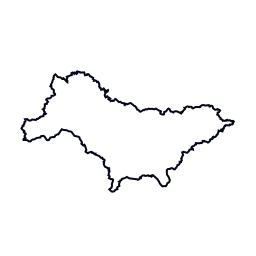 outline of Cumaru do Norte, Pará, Brazil, rotated 263°
{"feature_id": "56859067B29511236565229", "entity_name": "Cumaru do Norte", "entity_type": "district", "adm_level": 2, "iso_a3": "BRA", "parent_name": "Brazil", "parent_adm1": "Pará", "projection": "mercator", "projection_center": [-51.233, -8.51], "detail": "fine", "context": "isolated", "style": "outline", "palette": "ink", "viewbox_px": 256, "rotation_deg": 263, "n_neighbors": 0, "source": "geoboundaries", "source_scale": "gbopen_adm2", "svg_char_len": 5872}
<svg xmlns="http://www.w3.org/2000/svg" viewBox="0 0 256 256"><g transform="rotate(263 128 128)"><path d="M149.2,26.9L148.3,27.3L146.8,26.9L146.5,25.9L144.8,25.7L144.4,25.0L143.3,24.7L143.5,24.4L143.2,23.7L142.3,23.6L140.7,22.2L139.1,23.1L137.7,24.8L137.0,24.7L137.0,24.1L136.6,24.0L135.3,25.0L135.0,25.7L134.3,25.7L133.0,24.6L132.2,24.3L130.6,25.1L130.1,23.4L129.6,22.9L128.8,22.9L128.4,25.8L128.0,26.8L126.9,27.8L126.6,29.7L127.5,30.5L128.2,31.8L128.1,33.5L129.2,36.0L129.3,39.9L130.2,40.3L130.5,40.8L130.5,43.0L129.8,44.0L126.1,45.9L125.7,46.6L125.7,47.9L127.9,49.7L128.2,52.2L128.0,53.8L128.6,54.5L129.4,54.8L130.4,57.5L130.2,58.1L134.8,62.1L133.9,63.8L133.3,66.7L132.0,68.8L131.2,71.4L126.7,73.9L125.6,77.2L124.7,78.6L122.9,78.9L120.0,80.4L118.4,80.4L118.2,79.9L117.5,80.1L116.7,81.3L116.0,81.5L115.9,81.9L116.6,82.7L116.0,83.1L111.3,84.0L110.1,83.0L109.4,83.1L107.9,85.1L108.5,86.6L108.8,88.9L108.5,89.3L107.6,89.4L107.6,90.6L106.8,90.9L106.5,92.4L105.9,92.0L105.7,92.2L103.7,96.0L101.6,97.7L101.6,98.9L100.3,99.1L99.9,100.1L99.0,100.9L98.2,100.6L97.4,99.6L96.4,100.1L95.2,99.5L93.5,99.9L92.2,100.6L91.5,102.0L90.4,103.0L90.2,103.3L90.6,104.2L90.3,104.4L89.7,104.1L88.7,104.3L88.5,103.6L87.9,103.5L87.0,104.3L85.9,103.5L83.9,103.2L83.5,102.8L82.5,103.8L81.9,103.8L80.5,103.0L80.1,103.9L79.2,104.8L79.3,105.8L78.6,106.9L77.0,106.5L74.5,105.2L72.7,105.1L70.8,104.4L69.4,102.0L67.2,103.7L66.7,104.6L66.9,106.7L68.2,107.9L68.6,110.0L69.6,109.8L70.4,110.1L71.6,112.4L73.4,112.2L75.2,113.2L75.8,112.7L75.9,113.4L76.8,113.9L76.9,115.0L78.1,115.6L78.9,119.4L79.6,120.9L77.9,123.1L75.9,131.0L75.4,131.5L75.9,132.9L77.3,133.8L76.6,134.4L76.6,134.7L78.0,135.1L79.0,136.5L79.0,138.4L78.4,139.0L78.3,140.2L78.6,142.2L77.7,143.0L77.8,144.2L76.8,145.3L77.1,145.8L78.1,145.8L78.2,147.0L73.8,150.8L70.9,152.3L69.1,152.8L66.2,154.7L65.8,155.3L66.0,155.9L65.7,158.4L66.3,159.1L68.3,160.3L69.3,162.3L70.7,163.0L71.7,163.1L74.8,162.2L76.2,161.3L77.8,161.0L81.5,161.4L82.4,162.6L82.2,164.6L82.7,165.1L82.8,166.4L82.6,167.3L81.6,168.2L81.3,169.6L82.1,170.0L82.7,171.0L83.9,172.0L85.1,172.5L85.1,173.5L85.6,174.3L86.7,175.1L88.1,175.2L87.7,176.5L89.1,177.0L89.4,177.5L91.1,177.0L91.6,177.7L92.4,177.8L94.5,179.4L97.2,178.8L97.6,180.0L96.2,183.7L97.5,185.5L99.0,186.4L99.0,187.9L99.6,188.5L98.7,189.9L99.2,189.9L100.6,188.6L100.9,188.6L101.7,189.3L102.3,191.5L103.4,192.7L103.4,193.5L104.7,193.6L104.1,197.1L104.4,198.2L104.0,199.1L104.9,200.4L106.0,200.5L106.0,201.8L105.7,202.5L105.2,202.7L104.7,204.6L103.8,205.5L103.9,206.0L105.3,208.0L106.1,207.8L106.8,208.4L106.8,210.3L107.4,210.9L108.3,210.7L108.9,211.4L109.0,211.7L108.4,212.2L108.5,213.4L109.3,214.6L110.2,215.0L110.5,216.0L111.0,216.3L111.6,216.3L112.6,217.2L114.4,217.6L113.8,218.7L114.1,219.7L114.9,220.2L114.5,220.7L113.3,220.7L113.1,221.3L114.5,222.0L115.6,221.9L115.8,223.0L116.3,222.9L118.4,224.3L118.1,224.9L118.9,225.4L118.2,228.8L118.9,229.4L118.6,229.9L119.0,230.4L118.9,232.2L119.8,232.8L120.6,232.5L121.4,233.8L122.2,233.3L122.4,231.0L123.3,230.1L123.4,227.4L124.0,227.3L123.9,226.4L123.3,225.9L123.4,224.3L123.9,223.5L123.6,223.0L125.2,222.0L125.8,220.9L126.6,221.1L127.9,220.0L129.6,219.5L130.4,218.2L131.8,218.9L132.4,218.9L132.7,220.3L134.2,221.5L134.5,221.3L135.5,219.8L135.3,219.2L135.8,218.9L135.4,217.1L135.7,216.3L137.3,214.8L138.8,214.7L139.4,214.4L139.9,213.7L140.0,212.1L139.4,212.0L139.4,211.4L140.7,211.2L140.9,210.4L140.8,207.8L141.5,205.9L141.6,204.1L141.0,202.9L140.2,202.4L140.3,201.8L140.0,201.6L140.6,197.6L139.5,194.8L140.0,194.1L141.2,193.7L141.6,191.8L141.3,191.0L142.2,190.0L141.9,188.3L141.0,187.4L141.1,186.6L140.3,187.0L139.7,186.7L138.9,185.4L137.6,184.4L137.5,183.2L136.7,183.4L135.9,182.5L137.9,179.8L138.8,177.7L138.7,175.9L137.9,174.9L139.0,173.3L139.2,172.3L141.7,171.5L142.3,170.7L141.9,169.8L139.8,167.7L139.5,165.9L137.2,165.4L137.0,164.7L137.5,162.9L138.4,161.9L139.0,161.8L140.2,162.8L140.8,162.6L141.3,161.2L143.9,157.9L143.3,156.4L144.1,154.4L144.2,151.9L144.7,151.0L144.1,149.1L144.5,148.0L143.8,146.1L144.0,145.4L142.7,142.7L142.7,142.1L143.1,141.5L144.1,141.0L144.9,140.2L145.0,139.5L145.8,139.4L146.2,138.9L147.4,138.7L147.8,138.2L148.7,137.9L149.0,137.0L151.8,134.4L152.5,133.4L151.6,129.8L152.2,129.2L152.2,128.5L151.1,127.6L151.4,127.3L152.8,127.7L153.0,127.5L153.7,124.7L154.9,123.8L154.8,122.2L158.3,119.2L158.2,118.5L156.8,117.4L156.7,116.2L157.1,115.7L156.8,114.1L157.6,114.1L158.5,112.5L159.1,112.0L159.6,112.5L159.8,113.5L161.5,111.5L162.0,111.3L161.9,110.3L161.3,110.3L161.1,109.6L162.8,108.9L163.8,109.0L165.5,109.9L166.4,109.7L166.0,110.6L166.6,111.1L166.6,112.0L167.4,112.8L168.1,112.7L167.4,110.9L168.2,109.3L168.8,109.6L170.2,108.7L169.2,107.0L169.2,106.0L171.4,105.6L171.5,104.8L172.8,104.4L174.4,104.9L176.6,104.4L177.5,103.9L177.3,102.9L178.5,102.4L179.1,101.6L179.0,100.1L179.5,100.4L181.1,99.0L182.0,99.5L183.6,97.5L183.7,96.8L186.2,95.4L186.4,94.0L185.7,93.8L185.6,91.7L188.5,91.3L188.8,87.4L189.3,87.2L190.3,84.6L190.2,84.2L188.4,84.3L187.9,83.3L189.6,82.0L189.5,81.5L188.5,81.1L189.8,79.9L189.7,79.3L189.3,78.5L187.6,78.9L186.3,73.5L185.3,73.9L183.6,73.0L182.4,73.6L180.9,73.4L181.3,72.9L184.4,70.8L184.5,70.3L185.3,70.0L185.2,69.4L184.6,69.1L184.7,68.8L186.3,67.3L187.2,64.5L190.1,62.5L189.7,61.8L188.5,60.6L187.5,60.6L187.1,60.1L185.6,60.1L184.8,59.2L182.6,58.3L180.4,56.8L179.8,57.1L178.9,56.0L178.0,57.1L176.3,57.1L175.7,58.2L174.5,59.1L172.0,58.6L170.9,59.7L170.0,59.7L169.1,57.9L169.3,56.0L168.2,55.8L167.0,54.2L167.1,51.9L166.3,50.3L165.8,50.3L163.7,51.8L162.9,50.8L161.8,50.3L162.1,49.5L161.6,48.2L159.6,48.2L158.8,47.6L157.7,47.6L156.9,45.8L155.9,46.7L154.5,46.7L154.0,47.3L153.1,46.9L152.2,48.2L151.8,47.7L151.9,46.2L150.8,45.5L150.1,45.4L149.9,42.9L149.5,41.9L148.9,41.7L148.5,40.2L148.0,39.8L148.1,38.6L147.2,37.6L148.1,33.8L147.4,32.7L147.3,31.1L148.1,29.8L149.1,29.2L149.2,26.9Z" fill="none" stroke="#020617" stroke-width="2"/></g></svg>